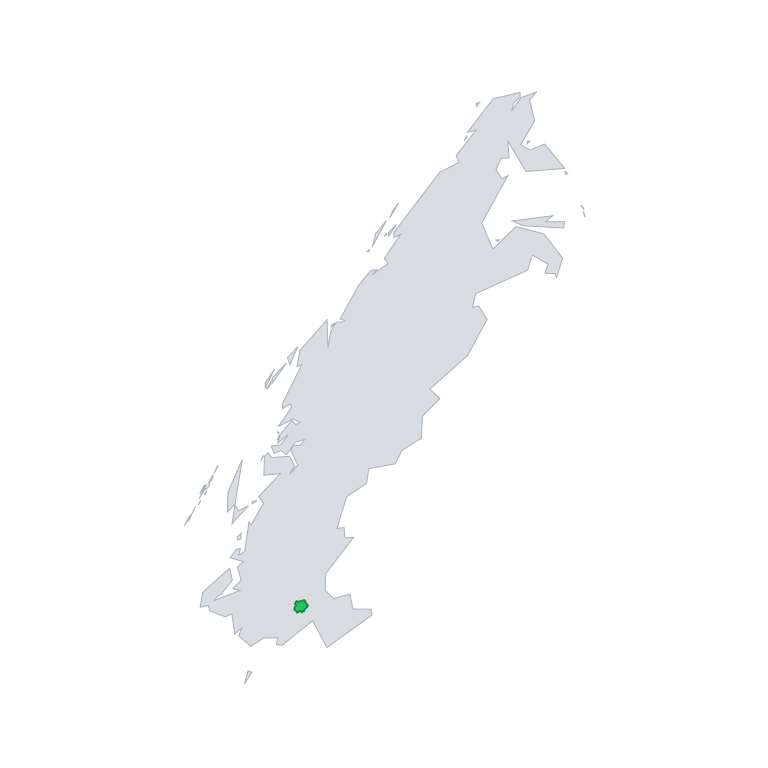 location of Tambov within Russia, rotated 300°
{"feature_id": "RUS-2375", "entity_name": "Tambov", "entity_type": "Region", "adm_level": 1, "iso_a3": "RUS", "parent_name": "Russia", "parent_adm1": "", "projection": "natural_earth1", "projection_center": [41.398, 52.709], "detail": "fine", "context": "in_parent", "style": "filled", "palette": "green", "viewbox_px": 768, "rotation_deg": 300, "n_neighbors": 0, "source": "natural_earth", "source_scale": "10m", "svg_char_len": 6369}
<svg xmlns="http://www.w3.org/2000/svg" viewBox="0 0 768 768"><g transform="rotate(300 384 384)"><path d="M582.5,475.6L562.4,480.3L564.9,476.5L560.6,468.0L569.8,466.3L569.8,448.2L554.3,451.4L508.1,418.2L494.5,422.4L498.9,427.0L491.5,441.0L450.4,442.1L402.5,426.2L399.3,439.7L375.4,433.3L355.7,443.5L335.3,432.6L320.6,433.8L303.0,413.2L289.0,418.7L268.1,407.9L235.4,415.5L239.7,421.2L231.3,427.2L236.0,434.3L190.6,428.4L176.0,436.2L172.8,447.3L184.9,459.6L173.6,469.6L182.5,485.5L177.7,489.1L127.3,466.3L143.2,440.6L106.6,426.3L104.7,421.1L111.1,418.9L103.9,406.9L90.3,399.9L93.3,383.9L102.2,382.9L92.6,379.8L108.9,367.2L102.9,362.9L100.4,346.6L104.4,342.6L98.8,336.4L113.0,331.2L147.4,342.4L138.2,350.8L121.7,348.3L115.7,345.6L111.7,345.2L133.1,362.5L131.0,355.4L142.5,358.5L152.3,348.5L159.9,351.1L156.6,337.6L166.6,338.5L169.8,341.7L162.9,343.9L169.2,347.1L197.1,336.0L195.3,339.6L220.5,339.2L224.0,331.7L254.7,339.2L244.9,325.6L261.4,316.7L266.5,317.8L264.4,323.8L274.3,338.5L268.2,347.7L258.1,347.1L270.8,349.9L279.8,336.6L284.9,336.0L289.1,342.1L296.2,343.0L289.6,336.4L274.2,334.9L274.8,328.1L269.0,323.8L273.8,317.2L279.3,324.7L289.5,326.4L292.1,326.3L279.6,321.6L288.1,319.2L306.5,322.5L304.6,328.0L308.9,330.5L308.2,322.7L294.3,313.6L317.7,315.8L319.8,312.4L311.8,308.5L315.4,306.0L359.6,303.1L355.4,300.0L371.0,294.4L411.1,302.6L387.2,317.4L403.2,311.5L413.7,311.9L416.9,317.1L418.1,318.0L419.4,318.1L418.4,313.5L456.7,312.7L475.6,315.8L479.6,320.7L472.7,319.1L490.5,327.3L492.8,321.5L522.0,323.6L515.8,319.5L520.0,316.8L595.2,326.3L613.5,338.2L617.6,332.4L649.9,336.8L643.8,330.4L685.8,336.0L704.5,356.0L700.7,358.4L691.9,355.9L684.4,357.9L700.6,359.6L713.5,370.3L702.9,367.9L687.3,382.9L659.5,382.6L659.4,393.1L672.1,403.2L661.1,432.7L639.0,400.7L656.6,369.4L642.3,379.3L638.1,372.6L625.6,373.8L620.8,383.6L626.7,387.1L572.2,388.1L555.3,410.9L586.4,419.6L593.9,447.3L582.5,475.6ZM247.8,299.0L205.7,314.9L194.8,312.6L212.4,302.9L247.8,299.0ZM589.3,413.4L614.1,446.0L605.3,442.8L614.8,459.2L609.0,461.7L590.6,425.3L589.3,413.4ZM187.0,322.2L205.0,315.3L201.4,321.4L210.9,327.4L187.0,322.2ZM496.8,305.3L510.2,301.6L526.6,304.4L496.8,305.3ZM333.5,284.2L353.5,289.0L328.3,286.8L333.5,284.2ZM325.7,280.4L341.9,281.8L321.0,283.2L325.7,280.4ZM358.3,287.4L373.4,290.6L353.5,293.0L358.3,287.4ZM530.8,305.9L538.3,304.9L548.1,306.1L530.8,305.9ZM54.5,413.1L67.7,409.7L68.2,413.6L54.5,413.1ZM175.4,282.5L184.3,281.8L167.1,283.4L175.4,282.5ZM517.4,312.2L528.7,315.1L513.9,314.3L517.4,312.2ZM183.4,335.0L178.2,337.2L175.7,335.7L178.2,333.4L183.4,335.0ZM192.3,281.3L200.4,280.6L204.7,281.4L192.3,281.3ZM219.9,281.2L216.5,282.9L210.3,282.3L211.5,281.2L219.9,281.2ZM228.1,281.5L221.1,281.3L230.9,280.8L228.1,281.5ZM216.5,328.7L219.6,332.4L214.4,329.6L216.5,328.7ZM329.9,285.0L324.7,286.0L320.3,284.7L329.9,285.0ZM196.7,279.3L207.1,278.9L203.6,280.0L196.7,279.3ZM675.9,326.1L670.3,325.5L673.1,323.4L675.9,326.1ZM167.5,281.5L174.0,282.0L161.1,282.1L167.5,281.5ZM261.6,315.5L255.3,315.9L261.5,315.2L261.6,315.5ZM408.5,308.9L412.3,311.1L406.9,309.9L408.5,308.9ZM640.9,331.7L637.6,332.6L634.7,331.8L640.9,331.7ZM207.4,283.3L202.6,282.7L210.4,283.2L207.4,283.3ZM205.6,280.1L208.8,281.2L202.8,280.5L205.6,280.1ZM637.1,464.8L636.9,467.2L634.8,470.5L637.1,464.8ZM199.3,283.2L202.8,284.3L198.4,284.2L199.3,283.2ZM287.6,318.8L283.3,319.8L282.2,319.6L287.6,318.8ZM667.6,388.7L663.5,388.0L666.1,386.9L667.6,388.7ZM515.4,310.3L514.7,311.9L512.6,310.7L515.4,310.3ZM564.6,409.0L566.7,411.9L564.2,411.2L564.6,409.0ZM658.8,433.8L658.0,438.0L656.4,436.7L658.8,433.8ZM191.9,283.5L187.7,283.9L186.2,283.5L191.9,283.5ZM289.7,315.9L289.1,317.5L288.1,317.0L289.7,315.9ZM493.0,304.0L491.2,305.0L490.4,302.9L493.0,304.0ZM629.5,473.6L633.2,470.3L629.7,474.4L629.5,473.6Z" fill="#d9dde1" stroke="#a8b0b8" stroke-width="1"/><path d="M143.4,421.4L143.5,421.4L143.4,421.2L143.5,420.9L143.6,420.7L143.5,420.4L143.5,420.1L143.5,419.9L143.4,419.8L143.4,419.7L143.5,419.6L143.7,419.3L143.8,419.4L144.1,419.3L144.2,419.2L144.3,419.2L144.4,419.3L144.5,419.3L144.6,419.2L144.8,419.1L144.8,418.7L145.0,418.7L145.6,418.4L145.9,418.2L146.0,418.1L146.3,418.1L146.3,418.3L146.5,418.3L146.7,418.5L146.8,418.5L146.8,418.4L147.0,418.4L147.4,418.5L147.5,418.5L147.9,418.8L148.0,418.8L148.3,418.6L148.5,418.4L148.7,418.2L148.8,418.2L148.9,417.9L148.9,417.6L148.9,417.1L148.9,416.9L149.0,416.9L149.3,416.8L149.6,416.9L149.8,416.7L150.1,416.8L150.3,416.8L150.3,416.7L150.6,416.6L151.8,416.6L152.0,416.7L152.3,416.7L152.4,416.8L152.2,417.0L152.2,417.3L152.2,417.5L152.1,418.2L152.2,418.3L152.3,418.3L152.5,418.4L152.8,418.5L153.0,418.7L153.1,418.8L152.9,418.9L152.8,419.0L153.1,419.2L153.3,419.2L153.4,419.3L154.0,419.9L154.2,420.1L154.0,420.3L154.1,420.6L154.3,420.5L154.5,420.6L155.0,421.1L155.4,421.3L155.7,421.4L155.8,421.4L155.9,421.6L156.2,422.0L156.3,422.1L156.5,422.2L156.8,422.5L157.0,422.9L157.2,423.1L157.0,423.3L156.9,423.3L156.8,423.5L156.7,423.5L156.3,423.7L156.3,423.8L156.6,423.9L156.6,424.0L156.4,424.0L156.2,424.0L156.5,424.6L156.3,424.6L156.2,424.8L155.9,424.7L155.8,424.8L155.8,425.1L155.7,425.2L155.6,425.4L155.5,425.5L155.4,425.6L155.1,425.8L155.1,426.1L155.1,426.3L155.1,426.6L155.3,426.7L155.3,426.8L155.1,426.9L154.8,427.0L154.8,427.4L154.8,427.5L154.7,427.7L154.7,427.9L154.6,428.0L153.9,428.6L153.9,428.8L154.0,428.9L154.0,429.0L153.9,429.1L153.7,428.9L153.5,429.0L153.4,429.1L153.2,429.2L152.9,429.1L152.9,428.9L152.9,428.7L152.7,428.5L152.7,428.4L152.4,428.5L152.3,428.8L152.2,428.9L151.9,428.8L151.5,428.8L151.3,428.8L151.1,428.7L150.8,428.5L150.7,428.5L150.5,428.4L150.4,428.4L150.2,428.3L150.0,428.2L149.9,428.2L149.6,428.1L149.4,428.1L149.2,428.2L148.7,428.0L148.6,428.3L147.9,428.4L147.7,428.5L147.5,428.4L147.2,428.3L146.9,428.3L146.9,428.2L147.0,428.0L147.0,427.8L147.1,427.7L146.8,427.4L146.7,427.3L146.4,427.5L146.3,427.4L146.2,427.2L145.1,427.1L145.2,426.9L145.2,426.7L145.3,426.6L145.6,426.6L145.7,426.4L145.6,426.2L145.8,426.0L145.8,425.9L145.9,425.7L146.0,425.7L146.0,425.3L145.9,425.2L145.7,425.1L145.4,425.1L145.4,424.9L145.1,424.8L144.6,424.7L144.4,424.6L144.2,424.4L144.1,424.2L143.8,424.0L143.8,423.9L143.7,423.9L143.2,423.7L143.1,423.4L142.9,423.4L142.7,423.2L142.8,423.1L142.9,422.9L142.8,422.7L142.7,422.7L142.9,422.5L143.1,422.5L143.1,422.4L143.3,422.3L143.3,422.2L143.4,421.9L143.3,421.7L143.3,421.4L143.4,421.4Z" fill="#22c55e" stroke="#15803d" stroke-width="1.5"/></g></svg>